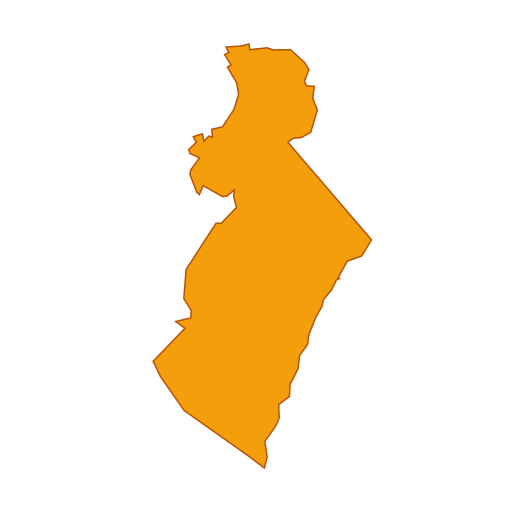 Orangeburg, South Carolina, United States of America (Mercator projection), rotated 262°
{"feature_id": "52423323B42791453202127", "entity_name": "Orangeburg", "entity_type": "district", "adm_level": 2, "iso_a3": "USA", "parent_name": "United States of America", "parent_adm1": "South Carolina", "projection": "mercator", "projection_center": [-80.709, 33.442], "detail": "fine", "context": "isolated", "style": "filled", "palette": "amber", "viewbox_px": 512, "rotation_deg": 262, "n_neighbors": 0, "source": "geoboundaries", "source_scale": "gbopen_adm2", "svg_char_len": 1220}
<svg xmlns="http://www.w3.org/2000/svg" viewBox="0 0 512 512"><g transform="rotate(262 256 256)"><path d="M255.9,372.6L258.7,370.9L364.2,303.4L367.4,309.3L367.0,317.5L370.9,327.4L392.0,337.1L404.0,334.1L415.9,337.3L417.5,329.7L422.2,328.3L433.2,334.3L440.6,331.2L455.5,318.9L457.7,301.8L460.6,296.0L461.2,278.5L467.0,278.5L466.0,270.6L467.1,255.4L461.3,257.3L459.7,252.9L448.6,257.9L447.1,254.0L430.3,260.9L418.6,261.3L404.4,254.7L388.6,240.8L387.6,229.8L379.9,229.4L381.3,225.9L376.8,220.5L384.5,219.9L382.9,210.5L376.8,212.6L370.7,204.2L366.6,204.9L361.1,213.8L350.5,203.5L346.0,201.9L327.2,206.3L324.7,208.4L332.9,213.6L319.4,231.2L319.4,235.6L324.4,243.7L318.5,242.2L306.8,243.4L293.2,226.1L294.1,221.1L280.2,208.9L252.3,184.9L223.9,178.6L211.2,184.2L203.8,182.8L202.3,167.4L194.4,175.5L187.5,166.9L166.0,139.4L160.9,141.1L149.9,144.6L113.0,163.3L102.6,174.4L58.6,221.1L45.6,234.0L44.9,234.9L55.4,239.1L71.1,238.9L85.1,252.0L92.6,256.6L100.0,257.1L105.9,258.0L112.2,269.5L124.1,271.9L138.5,281.9L151.5,285.4L161.4,294.9L170.2,297.1L187.1,306.7L196.7,314.2L203.7,317.0L211.7,325.9L221.3,332.5L222.0,335.5L223.2,334.3L238.2,345.7L241.4,360.8L255.9,372.6Z" fill="#f59e0b" stroke="#b45309" stroke-width="1.5"/></g></svg>